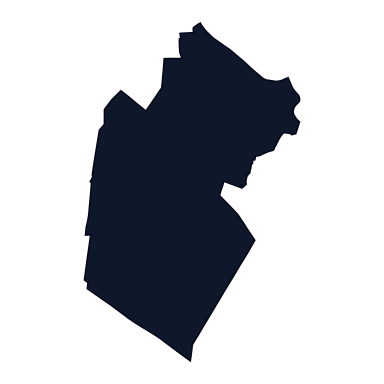 the district of U Minh Thuong, Kiên Giang, Vietnam
{"feature_id": "81297802B37875930391216", "entity_name": "U Minh Thuong", "entity_type": "district", "adm_level": 2, "iso_a3": "VNM", "parent_name": "Vietnam", "parent_adm1": "Kiên Giang", "projection": "natural_earth1", "projection_center": [105.166, 9.624], "detail": "fine", "context": "isolated", "style": "filled", "palette": "ink", "viewbox_px": 384, "rotation_deg": 0, "n_neighbors": 0, "source": "geoboundaries", "source_scale": "gbopen_adm2", "svg_char_len": 3300}
<svg xmlns="http://www.w3.org/2000/svg" viewBox="0 0 384 384"><path d="M120.9,90.7L111.7,99.8L104.4,109.5L104.4,124.3L99.4,130.1L94.6,159.2L92.5,173.3L92.4,174.2L92.4,174.8L92.5,175.4L92.6,175.8L92.6,176.8L92.5,177.3L92.3,178.0L90.7,180.7L90.2,181.6L91.5,182.9L90.8,191.4L90.8,191.5L88.7,215.1L87.7,220.9L86.2,227.6L85.6,234.3L85.4,235.1L90.6,234.9L89.7,241.6L87.8,254.9L85.1,274.8L84.4,280.0L88.0,282.6L87.3,288.7L88.1,289.3L91.2,291.4L97.5,295.8L103.7,300.2L110.6,304.9L121.3,312.9L128.9,318.6L134.3,322.3L139.6,325.6L150.4,332.2L150.6,332.4L152.3,333.3L159.9,338.3L164.1,341.5L178.5,352.3L189.6,360.4L190.3,361.0L190.9,357.0L191.7,350.6L192.4,344.7L192.8,344.0L196.4,337.9L197.8,335.9L200.4,331.3L219.5,299.4L220.5,297.7L223.3,292.9L226.9,287.1L230.5,281.2L233.8,275.7L235.1,273.5L237.4,269.6L241.3,263.1L242.3,261.5L245.3,256.6L247.3,253.4L249.3,249.9L254.8,240.3L249.7,232.6L246.0,227.1L244.4,224.4L240.8,219.1L239.1,216.3L237.8,214.5L237.5,214.2L230.9,207.2L223.2,199.3L219.5,195.6L221.0,190.3L223.0,184.6L223.2,183.7L223.4,182.8L224.0,181.2L224.9,181.7L241.7,187.9L241.2,185.4L243.2,187.1L244.7,185.5L245.6,184.9L246.1,184.4L246.2,184.0L246.2,183.6L245.9,182.7L245.8,182.3L245.8,182.0L245.9,181.1L246.1,180.4L246.2,179.4L246.7,177.0L247.0,176.2L247.2,175.8L247.6,175.3L248.1,174.7L248.5,174.2L248.6,173.9L248.8,173.5L248.9,173.4L249.3,173.4L249.7,173.1L249.8,172.4L249.9,172.1L250.0,171.1L250.3,170.2L250.7,168.6L251.2,165.2L251.4,164.4L251.6,164.3L251.7,164.2L252.0,164.0L252.2,163.8L252.4,163.3L252.6,162.5L252.6,161.9L252.6,160.2L252.8,160.0L253.3,159.9L253.7,160.0L254.3,160.0L254.6,159.9L254.8,159.8L254.9,159.6L255.0,159.2L255.0,158.5L255.0,158.2L255.2,157.9L255.4,157.5L255.4,157.1L255.4,156.8L255.3,156.4L255.4,156.2L255.5,156.1L256.8,156.0L257.4,155.9L258.4,155.8L259.4,155.6L261.0,154.9L262.4,154.1L265.7,152.7L268.2,151.7L271.1,150.8L273.1,150.3L273.9,149.3L274.3,148.6L274.4,147.7L274.7,146.5L274.9,146.5L275.1,146.5L275.3,146.3L276.5,144.0L278.9,139.1L280.0,137.4L281.0,135.7L282.8,133.6L283.7,132.9L284.0,132.7L284.9,132.8L286.8,133.0L289.2,133.4L290.8,133.4L291.4,134.7L295.8,133.7L297.3,128.9L298.6,125.0L299.5,121.7L298.2,120.8L296.5,119.0L295.8,117.9L294.4,115.8L293.9,114.9L293.7,114.4L293.4,113.6L293.2,112.5L293.2,111.6L293.3,110.3L293.7,108.8L294.0,107.8L294.5,106.8L296.0,104.9L298.3,102.5L299.1,101.6L299.5,100.7L299.6,99.7L299.6,99.0L299.5,98.3L299.4,97.6L299.3,97.1L298.8,95.9L298.3,95.2L297.6,94.2L296.6,93.1L294.8,91.1L293.9,90.0L293.2,89.0L291.8,86.3L288.1,77.7L288.0,77.8L284.9,78.9L282.3,80.2L279.6,81.0L275.8,81.4L273.8,81.1L269.9,80.5L266.5,80.0L264.7,79.3L262.7,78.1L259.8,75.8L250.6,67.9L245.4,62.9L242.6,60.4L234.4,53.5L234.3,53.4L229.5,49.4L227.6,48.1L225.4,46.6L224.3,45.9L213.0,37.9L210.2,35.2L207.0,32.1L204.5,29.3L201.2,24.7L200.3,23.0L198.5,24.0L196.6,25.3L194.2,27.0L193.7,27.4L193.5,27.6L193.3,27.9L193.2,28.2L193.4,32.7L184.3,33.1L182.1,33.2L180.0,33.4L180.7,38.7L179.5,38.8L179.3,41.8L179.7,51.0L180.1,53.4L181.2,56.4L181.6,57.2L182.0,58.5L176.6,58.5L170.4,58.5L164.2,58.6L163.5,68.3L162.8,75.9L162.2,83.2L161.9,85.9L161.8,87.0L161.7,87.7L161.3,88.5L159.8,90.5L157.5,94.0L156.9,95.0L154.0,99.2L151.1,103.4L148.2,107.6L146.0,110.9L145.5,110.6L134.8,102.0L128.9,97.0L124.2,93.3L120.9,90.7Z" fill="#0f172a" stroke="#020617" stroke-width="1.5"/></svg>